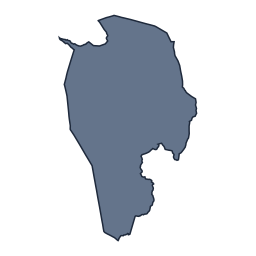 Santa María Yucuhiti, Oaxaca, Mexico
{"feature_id": "50627088B16250901962505", "entity_name": "Santa María Yucuhiti", "entity_type": "district", "adm_level": 2, "iso_a3": "MEX", "parent_name": "Mexico", "parent_adm1": "Oaxaca", "projection": "albers", "projection_center": [-97.803, 17.027], "detail": "fine", "context": "isolated", "style": "filled", "palette": "slate", "viewbox_px": 256, "rotation_deg": 0, "n_neighbors": 0, "source": "geoboundaries", "source_scale": "gbopen_adm2", "svg_char_len": 5048}
<svg xmlns="http://www.w3.org/2000/svg" viewBox="0 0 256 256"><path d="M174.1,41.7L171.0,41.7L170.1,39.8L168.9,37.4L166.8,33.0L164.4,31.6L161.3,29.8L156.2,26.8L154.6,26.0L149.4,24.6L146.2,23.8L140.3,22.2L137.1,21.3L133.4,20.3L130.9,19.6L126.3,18.5L124.7,18.1L121.5,17.4L119.5,16.8L117.2,16.2L114.0,15.4L113.0,15.8L109.2,16.9L106.4,17.6L98.7,20.4L98.4,20.5L98.2,20.7L99.7,22.3L104.2,29.5L104.8,30.2L105.2,30.7L106.5,32.3L106.6,32.9L106.7,33.7L107.1,34.2L107.6,35.0L107.7,35.9L106.5,37.5L106.4,38.1L106.4,38.5L107.7,41.0L105.3,43.9L99.5,46.0L93.4,45.6L88.8,41.9L88.7,41.9L88.6,42.1L88.0,42.3L87.7,42.5L87.1,42.9L86.9,43.0L85.9,44.1L85.6,44.1L85.3,44.3L85.1,44.4L84.8,44.6L84.6,44.6L84.3,44.5L84.0,44.6L83.5,44.9L83.1,45.2L82.9,45.3L82.6,45.5L82.2,45.5L81.9,45.6L81.5,45.8L80.9,46.1L80.6,46.2L80.4,46.1L80.2,46.0L79.1,46.0L78.6,45.9L78.3,45.8L78.1,45.6L77.9,45.6L77.6,45.4L77.3,45.4L77.1,45.3L76.6,45.0L76.0,44.7L75.0,43.9L74.8,43.8L74.5,43.8L74.4,43.8L73.9,44.0L73.6,44.1L73.4,44.1L73.2,43.9L72.8,43.5L72.2,43.3L71.7,43.3L71.4,43.1L70.9,42.6L70.8,42.2L70.5,41.9L70.2,41.3L70.1,41.1L69.9,40.9L69.5,40.7L68.8,40.6L68.1,40.4L67.6,40.1L67.2,39.7L66.5,40.0L66.3,40.1L66.0,40.1L65.6,39.9L65.2,39.5L64.8,39.6L64.4,39.4L63.9,39.3L63.6,39.3L63.2,39.3L62.9,39.2L62.1,38.9L61.6,38.7L60.5,38.8L60.2,38.4L60.1,38.2L59.5,37.9L59.4,37.8L59.6,38.8L60.4,39.8L61.9,40.6L62.2,40.8L62.7,41.1L63.7,42.0L64.0,42.3L64.1,42.2L65.5,43.6L67.2,43.3L68.9,44.7L69.5,45.5L70.5,46.6L71.0,47.3L71.8,47.8L73.7,49.5L74.2,49.8L71.0,60.0L67.9,70.3L67.6,71.2L66.6,75.1L66.0,78.0L65.6,79.5L64.3,84.5L64.7,85.8L65.3,88.3L66.2,92.2L67.0,96.0L68.3,108.7L68.8,114.0L69.0,116.5L69.4,119.7L70.3,125.7L70.2,128.9L70.3,129.6L73.9,135.0L79.6,144.5L83.5,151.2L86.3,156.0L86.5,156.3L88.3,159.3L92.1,165.7L94.0,176.4L95.1,182.4L95.7,185.8L96.4,189.4L96.8,191.7L97.8,197.5L99.3,205.6L99.4,206.1L102.1,221.5L102.6,224.0L103.4,229.0L103.7,230.5L103.9,231.5L105.0,232.6L105.5,232.9L106.1,233.2L107.5,234.0L108.8,234.6L110.7,235.6L111.5,236.0L112.5,236.6L113.1,236.9L114.1,237.4L114.7,237.8L115.3,238.3L116.9,239.7L117.0,239.8L117.6,240.3L118.1,240.6L118.7,239.6L118.7,238.9L120.5,236.2L120.9,235.7L121.4,235.6L123.3,235.7L123.8,235.0L124.7,235.0L124.9,234.9L125.3,234.9L125.7,234.6L126.7,234.4L127.6,233.5L128.4,233.8L128.5,234.7L129.0,234.5L129.3,234.5L129.9,234.2L135.1,216.4L135.6,216.0L136.3,215.9L136.9,216.1L138.3,216.3L139.0,216.3L139.7,215.8L140.2,215.8L140.4,215.8L141.6,214.7L142.4,214.5L143.0,214.6L143.5,214.8L143.8,214.6L144.1,214.3L144.7,214.1L145.1,214.1L146.0,214.0L146.8,213.8L147.5,213.1L147.7,212.5L148.6,211.7L149.1,211.1L149.4,210.8L149.6,210.4L149.9,209.2L150.2,207.7L150.4,206.4L150.6,206.2L151.8,205.4L152.3,205.0L152.7,202.7L152.9,202.3L153.9,200.8L153.9,199.3L153.7,198.5L153.5,197.8L153.0,196.4L152.8,195.5L152.3,195.0L151.8,194.3L152.0,193.8L151.8,192.9L152.0,192.1L152.2,191.5L152.3,190.8L152.6,190.5L152.9,190.3L153.0,189.9L153.2,189.0L153.3,188.5L153.3,188.1L153.1,187.5L152.7,186.6L152.6,186.2L152.4,185.7L152.3,185.4L152.4,185.0L152.7,184.4L153.6,184.1L153.6,183.6L153.1,183.1L152.9,182.9L152.5,182.5L151.5,182.1L151.6,181.5L151.7,181.2L151.7,180.5L150.9,179.9L149.7,179.3L148.0,179.4L147.6,179.2L147.3,179.2L146.9,179.2L145.5,178.8L145.2,177.9L144.9,177.2L144.9,176.9L144.5,176.9L143.6,177.1L142.9,176.9L141.8,176.5L141.2,174.9L140.4,173.7L141.1,172.9L142.0,172.1L142.2,171.1L141.8,170.3L141.2,169.6L140.7,168.8L140.2,167.7L140.2,166.9L140.6,166.1L140.5,165.7L140.5,165.4L140.7,165.1L141.0,164.5L141.3,164.0L142.3,162.6L142.4,162.4L141.9,161.3L142.0,160.2L142.1,159.7L142.3,159.4L141.8,157.8L141.0,156.2L141.8,155.0L142.0,154.7L143.0,154.4L143.4,154.2L144.8,153.8L146.6,153.1L148.1,152.4L148.7,152.1L149.7,151.4L149.8,151.2L150.1,151.0L150.7,150.4L151.4,149.7L151.9,149.4L152.8,148.5L153.8,149.0L154.4,149.3L154.7,149.4L155.3,149.5L155.8,149.6L156.4,149.4L156.6,149.2L157.0,148.9L157.1,148.7L157.2,148.3L157.6,147.5L158.5,146.7L158.8,145.8L158.9,145.3L158.8,144.6L158.1,144.2L159.6,143.7L160.5,143.5L161.6,143.3L162.6,144.9L163.8,146.2L164.2,146.8L165.2,149.4L169.3,150.3L169.9,150.3L170.7,150.5L171.6,150.7L172.2,151.1L172.3,151.5L172.6,152.9L173.3,153.6L173.8,154.2L174.0,154.6L173.8,155.7L173.6,156.2L173.5,157.0L173.7,157.8L173.8,158.0L174.3,158.7L174.5,159.2L174.7,159.5L174.9,159.5L175.9,159.8L176.7,160.0L177.0,160.3L178.4,159.8L178.7,158.1L178.8,157.3L179.0,155.6L179.2,153.8L181.0,152.8L182.1,151.5L182.6,150.8L183.5,149.7L184.4,148.4L184.8,147.7L185.3,147.0L185.4,146.4L185.5,145.9L185.8,145.1L185.9,144.4L185.9,144.1L186.0,143.7L186.0,143.2L187.7,139.1L188.5,138.0L189.2,133.7L189.1,130.4L189.1,126.0L189.7,122.6L189.4,121.5L191.5,120.2L192.0,118.2L193.0,116.9L195.2,116.2L195.9,114.5L196.6,113.4L196.0,110.3L196.2,109.6L196.5,108.5L195.5,105.0L196.1,102.4L195.5,98.8L191.9,96.7L189.7,95.1L186.8,92.9L185.8,91.7L185.3,90.6L184.9,90.4L183.8,88.3L182.4,87.1L182.6,84.6L182.5,81.0L181.7,76.1L180.7,71.4L179.7,65.6L178.0,61.0L176.1,57.6L175.0,55.7L174.6,53.8L174.5,52.0L173.4,47.5L173.6,44.8L174.1,41.7Z" fill="#64748b" stroke="#1e293b" stroke-width="1.5"/></svg>